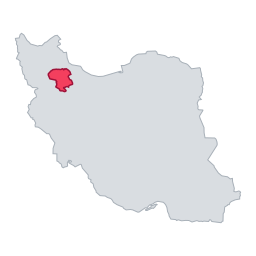 Iran, with Zanjan highlighted
{"feature_id": "IRN-3234", "entity_name": "Zanjan", "entity_type": "Province", "adm_level": 1, "iso_a3": "IRN", "parent_name": "Iran", "parent_adm1": "", "projection": "orthographic", "projection_center": [48.438, 36.394], "detail": "fine", "context": "in_parent", "style": "filled", "palette": "rose", "viewbox_px": 256, "rotation_deg": 0, "n_neighbors": 0, "source": "natural_earth", "source_scale": "10m", "svg_char_len": 4515}
<svg xmlns="http://www.w3.org/2000/svg" viewBox="0 0 256 256"><path d="M121.3,65.5L124.3,65.5L129.7,63.3L130.1,62.8L131.5,59.0L133.3,57.1L136.4,54.9L138.5,54.1L145.9,53.7L146.3,52.2L147.5,51.3L155.5,51.0L156.8,52.1L157.5,54.2L164.4,55.5L165.8,56.0L167.6,57.4L169.0,57.7L170.7,56.8L171.8,57.2L173.5,56.6L178.9,58.3L179.9,60.7L181.0,61.6L182.2,62.5L186.6,63.9L187.9,64.8L191.5,68.8L199.8,67.7L200.4,68.6L200.6,70.5L201.7,74.9L201.3,76.7L202.6,78.0L202.8,80.8L203.5,82.8L202.9,85.6L202.0,86.3L202.8,88.6L202.3,91.1L202.5,92.0L201.4,94.1L201.4,94.9L199.2,97.0L201.3,99.5L198.6,100.0L197.2,103.1L198.1,106.5L197.8,108.3L198.2,109.3L199.0,109.8L202.8,110.0L202.9,110.5L199.5,116.0L199.9,117.9L204.0,127.6L204.1,132.7L205.0,137.8L214.7,138.0L216.0,139.2L217.0,142.0L217.2,144.1L217.0,145.3L207.7,159.9L214.0,165.7L214.3,167.1L218.4,173.0L221.8,175.8L227.5,176.8L230.2,178.9L232.4,178.4L232.6,181.7L234.3,188.3L233.9,191.5L235.9,191.9L238.8,191.0L239.9,191.4L240.6,192.4L240.0,193.2L240.4,195.8L239.7,196.5L239.7,199.0L235.3,199.8L231.3,201.5L229.9,202.7L229.2,204.6L227.8,204.6L227.5,205.3L224.7,207.0L224.2,212.2L223.2,213.6L223.0,221.1L222.4,221.2L221.0,222.7L211.8,221.5L210.7,219.9L209.7,219.7L208.6,221.5L203.9,221.1L202.4,221.6L201.4,221.2L199.0,221.4L196.9,220.6L192.0,222.0L188.9,220.5L185.6,220.4L181.6,220.8L178.3,219.8L176.6,220.5L175.8,219.6L170.9,219.1L169.1,216.0L168.9,214.4L167.6,211.6L166.9,207.5L165.6,204.6L163.4,202.3L157.8,201.3L155.0,202.3L152.9,203.9L149.5,205.0L146.9,207.9L145.3,207.8L139.0,212.1L137.6,212.1L132.7,209.9L130.5,209.5L126.1,209.9L123.6,208.3L122.9,207.1L117.1,204.7L113.5,202.4L112.3,200.2L110.8,198.6L107.3,197.4L105.3,196.0L100.0,195.6L96.1,192.1L96.1,191.0L93.8,187.1L93.3,184.2L92.8,183.4L91.0,182.3L90.7,181.5L91.0,179.7L88.6,178.6L88.2,177.7L88.2,174.9L82.4,168.2L81.2,164.5L80.2,164.3L75.1,166.9L73.6,165.5L69.2,163.1L68.6,162.2L69.7,161.8L70.8,162.2L71.5,161.7L71.2,160.9L70.1,160.4L68.6,160.4L69.0,161.2L67.6,161.9L67.3,162.9L67.6,165.7L67.0,166.5L64.7,167.0L63.2,167.8L61.9,166.8L61.5,164.8L60.7,163.5L59.4,163.0L58.5,161.7L56.9,161.0L56.9,153.9L53.0,153.7L53.1,148.3L54.9,142.9L51.2,138.0L49.6,134.3L48.6,133.6L46.8,133.7L40.5,128.6L38.3,127.2L35.3,126.8L35.0,125.0L35.7,123.1L34.4,120.5L33.9,119.7L32.7,119.4L32.8,117.8L31.2,117.9L28.3,113.4L27.5,112.7L29.2,109.4L28.1,106.7L28.9,104.4L30.4,104.6L31.0,101.5L33.8,98.5L36.2,97.2L36.4,96.2L36.0,94.5L34.5,92.4L34.8,90.6L35.3,89.7L37.8,88.8L37.9,88.4L36.8,87.7L32.5,87.6L30.1,85.4L28.0,84.8L26.8,80.1L26.4,79.5L25.4,79.3L24.8,78.5L24.5,75.4L23.0,73.9L22.0,69.3L21.9,68.2L22.4,67.2L20.0,65.1L19.9,62.1L20.4,61.4L17.7,59.1L16.5,58.9L16.4,58.5L18.4,53.9L19.2,52.8L17.6,52.0L17.7,49.7L17.4,47.7L17.6,45.9L16.6,44.5L16.4,43.7L16.8,41.6L15.8,40.6L15.4,38.4L19.2,37.9L20.1,34.6L21.5,33.3L23.9,35.0L27.1,40.5L29.1,42.2L30.5,44.0L37.8,46.1L39.4,45.5L41.9,45.7L45.1,42.4L46.6,42.0L50.3,38.8L54.9,35.7L57.3,35.3L60.7,39.2L58.7,40.3L58.4,41.3L58.6,42.3L60.2,43.2L60.4,44.3L59.8,44.9L57.8,45.5L57.2,46.6L59.4,48.4L60.5,49.9L61.7,50.2L63.6,52.6L66.5,52.3L67.2,58.0L68.9,62.8L72.0,64.8L80.3,66.2L81.2,67.1L82.6,69.7L84.8,71.5L91.3,75.0L98.3,76.5L103.0,76.3L120.0,71.3L121.6,71.2L119.1,72.4L120.1,72.8L122.3,72.7L122.8,72.2L122.8,71.5L121.3,65.5ZM156.0,205.2L155.0,206.9L153.4,208.4L152.1,208.1L147.0,210.5L145.7,210.4L145.4,209.8L151.0,207.1L151.2,206.4L150.8,205.3L152.6,205.6L154.6,204.5L156.3,204.1L157.1,204.7L156.0,205.2Z" fill="#d9dde1" stroke="#a8b0b8" stroke-width="1"/><path d="M66.8,69.1L68.4,70.2L69.6,71.4L70.1,72.2L70.8,74.4L69.9,74.7L68.7,75.5L68.2,76.6L68.5,77.4L69.1,78.2L69.4,79.1L69.8,79.6L70.4,79.9L70.7,79.9L70.9,80.0L71.1,80.2L71.4,80.4L71.6,80.8L71.8,81.4L72.1,82.0L72.4,82.6L72.6,84.0L72.3,84.4L70.3,85.0L69.2,85.6L68.5,86.4L68.5,86.9L68.5,87.1L67.5,86.6L66.8,86.6L65.8,86.8L65.2,87.3L64.8,87.4L64.3,87.4L63.9,87.5L63.7,87.6L63.7,88.1L65.1,89.3L66.0,90.5L66.0,90.8L65.6,91.3L64.7,91.6L63.8,91.4L62.8,90.9L60.4,90.8L59.9,90.5L59.6,89.8L59.5,89.5L59.3,89.1L59.1,88.9L56.0,87.1L55.9,86.7L56.0,86.2L56.5,85.8L56.7,84.8L56.7,83.4L56.5,82.6L56.3,82.6L56.3,82.4L56.4,82.2L56.3,81.8L56.3,81.7L56.5,81.6L56.4,81.5L56.2,81.2L56.1,80.9L56.1,80.6L55.7,80.1L50.1,78.9L49.8,78.6L48.3,75.1L48.3,74.7L48.3,74.0L48.5,73.6L50.1,71.9L50.6,71.2L50.9,71.0L51.7,70.6L52.3,70.0L52.6,69.8L53.0,69.6L56.5,69.2L57.5,69.4L58.2,69.3L60.8,69.5L61.6,69.2L62.0,68.9L62.4,68.8L62.9,68.9L63.7,69.8L64.0,69.7L64.2,69.2L64.3,69.0L64.5,68.9L64.8,69.1L65.2,69.2L65.6,68.9L66.0,68.7L66.8,69.1Z" fill="#f43f5e" stroke="#9f1239" stroke-width="1.5"/></svg>